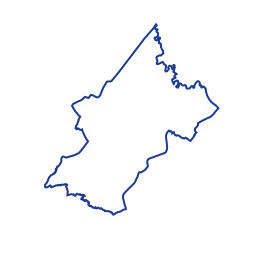 Lam Thamenchai, Nakhon Ratchasima, Thailand, rotated 39°
{"feature_id": "78962969B38997993614203", "entity_name": "Lam Thamenchai", "entity_type": "district", "adm_level": 2, "iso_a3": "THA", "parent_name": "Thailand", "parent_adm1": "Nakhon Ratchasima", "projection": "robinson", "projection_center": [102.907, 15.286], "detail": "fine", "context": "isolated", "style": "outline", "palette": "blue", "viewbox_px": 256, "rotation_deg": 39, "n_neighbors": 0, "source": "geoboundaries", "source_scale": "gbopen_adm2", "svg_char_len": 5802}
<svg xmlns="http://www.w3.org/2000/svg" viewBox="0 0 256 256"><g transform="rotate(39 128 128)"><path d="M101.2,226.1L102.7,224.6L103.6,221.6L104.7,221.7L105.6,222.4L105.9,222.3L107.3,219.5L108.0,218.6L108.2,217.8L109.4,217.0L109.6,216.2L110.1,216.1L110.3,215.6L111.5,215.1L111.5,214.7L112.1,214.4L112.2,213.7L112.4,213.3L112.9,213.2L114.0,212.4L114.2,211.7L114.8,210.8L115.5,210.9L115.8,210.5L116.5,210.5L116.6,212.4L117.0,212.7L118.0,213.1L121.5,215.5L121.6,215.9L122.2,217.1L123.2,218.3L123.3,218.0L124.2,217.1L124.5,216.5L124.9,216.2L125.1,215.6L125.8,214.9L127.0,214.3L127.4,214.3L127.9,214.1L127.9,213.9L129.1,214.1L129.8,213.6L129.5,213.1L129.4,212.3L129.9,211.1L132.1,210.6L132.2,210.4L132.3,209.7L133.3,209.8L133.8,209.4L134.7,209.4L134.7,208.9L134.9,208.9L135.0,208.4L136.4,207.8L136.8,208.0L136.2,208.3L136.0,208.6L136.6,208.6L136.2,209.1L136.6,209.2L136.6,210.0L136.9,210.6L136.6,210.7L136.4,211.7L136.1,212.0L136.5,212.6L136.7,212.4L137.5,212.4L137.8,212.0L138.5,212.1L138.8,211.8L139.3,211.8L140.2,212.1L140.4,211.8L140.1,211.4L140.3,211.2L140.2,210.8L140.6,210.4L141.4,210.8L141.9,210.4L143.0,210.3L143.3,210.7L144.5,210.3L144.9,210.6L145.0,212.0L145.3,212.5L145.6,212.6L145.9,212.4L146.6,212.8L147.1,212.8L147.3,212.3L148.4,212.3L148.6,212.2L148.6,211.8L148.8,211.7L150.9,212.0L151.5,211.4L151.8,211.3L152.4,210.4L152.6,210.7L152.8,210.4L153.2,210.4L153.4,210.6L153.8,210.2L154.3,210.1L154.3,209.7L154.8,208.7L155.9,208.7L156.4,208.3L157.2,208.2L157.5,207.3L159.3,207.2L159.9,207.4L161.5,206.7L162.3,207.1L163.0,206.4L163.4,206.4L163.9,206.0L164.9,205.0L165.7,204.8L166.0,204.5L166.4,204.5L167.2,204.2L167.6,204.4L168.1,203.9L168.9,203.9L170.4,204.7L171.1,204.5L171.5,204.1L172.3,201.3L172.8,200.2L174.3,198.3L175.0,197.0L175.6,194.8L177.4,192.5L176.7,191.6L173.9,189.9L168.1,185.4L167.0,184.1L166.6,183.3L166.3,182.2L166.2,181.0L166.4,177.8L167.6,166.9L167.4,165.1L166.7,162.9L166.1,159.8L164.9,157.0L164.6,155.5L164.7,155.1L165.6,154.7L166.0,154.1L167.5,150.4L167.6,149.6L167.6,146.1L167.5,145.4L167.3,145.0L164.3,142.3L163.8,141.5L163.4,140.6L163.5,138.9L172.6,123.7L172.5,122.6L172.0,120.8L171.3,119.5L170.4,118.1L167.1,114.8L163.4,111.4L162.0,109.3L161.4,107.6L161.3,105.6L161.5,104.2L162.9,104.2L162.9,103.7L163.0,103.6L165.1,103.5L165.7,104.2L165.8,103.5L166.2,102.5L167.9,103.5L168.9,103.8L170.4,103.6L170.6,102.7L172.7,101.8L175.0,101.9L177.2,101.5L177.5,101.3L177.7,100.7L178.6,100.5L178.9,99.3L182.4,98.9L183.6,99.1L184.7,98.6L184.6,97.4L184.6,94.1L184.4,91.9L183.9,91.8L183.9,91.7L184.0,88.5L182.5,88.4L182.2,88.1L181.4,87.9L181.2,87.2L180.4,86.2L180.7,84.1L180.7,81.9L179.4,80.2L181.0,75.9L183.9,69.6L184.8,68.2L185.3,66.3L185.7,62.9L185.6,59.9L185.8,55.7L184.1,55.4L181.7,55.2L178.7,55.4L176.4,55.4L174.2,54.9L171.5,54.0L168.8,52.8L165.5,50.4L163.5,48.5L163.0,48.7L161.7,48.1L161.1,48.1L160.7,48.4L159.8,50.1L159.4,50.3L159.2,50.1L158.9,49.1L158.5,48.9L158.2,48.8L157.2,49.6L156.8,49.6L156.4,49.3L155.9,48.3L155.5,47.9L154.8,47.4L153.8,47.3L153.1,47.5L152.5,48.1L152.3,50.0L152.7,52.5L153.2,53.7L153.9,54.6L153.9,55.3L153.4,55.6L152.0,54.9L151.3,55.2L150.8,56.2L151.0,57.2L151.0,58.3L150.6,58.9L149.1,60.2L148.8,60.3L148.3,60.1L146.8,58.9L145.6,58.7L145.3,58.7L144.3,60.1L143.7,60.5L143.0,60.6L141.4,60.3L140.6,60.5L140.3,61.0L140.2,61.7L141.2,63.8L141.4,65.1L141.1,65.5L139.8,65.7L139.4,65.6L139.3,65.2L139.6,63.7L139.0,61.9L138.6,61.0L137.2,60.1L136.5,60.1L136.1,60.4L135.2,62.6L135.2,63.6L136.0,64.6L136.0,65.1L135.7,65.1L134.6,64.2L133.3,63.9L132.7,63.5L131.9,62.6L131.8,62.2L132.5,61.2L132.3,60.4L132.4,60.1L133.2,59.5L133.3,59.1L133.2,58.9L131.7,58.7L131.1,57.8L131.8,55.4L131.5,55.3L130.4,55.7L128.9,55.5L128.2,55.9L127.8,55.7L127.3,53.7L126.4,52.3L126.3,51.6L125.7,51.3L125.1,50.3L124.6,50.0L123.8,50.2L123.7,50.4L123.7,50.8L125.6,51.7L126.0,53.3L125.9,53.8L125.5,54.2L124.8,54.2L123.7,53.2L122.4,52.8L121.4,53.1L120.9,53.9L120.9,54.8L121.2,55.5L121.6,55.9L122.4,56.1L122.6,56.5L122.7,59.0L121.8,60.3L121.2,60.2L120.5,59.5L119.0,56.4L118.4,55.7L117.6,55.5L115.8,55.8L115.2,55.6L114.5,55.0L113.8,54.8L113.2,55.1L112.0,57.8L111.1,59.4L110.6,59.9L110.0,60.0L109.4,59.4L108.9,57.8L108.4,57.1L106.2,55.8L105.7,55.3L105.6,54.8L105.8,53.8L106.7,51.9L107.9,51.0L107.9,50.1L108.2,49.5L108.2,48.7L108.5,48.0L108.4,47.6L107.4,47.1L107.0,46.3L106.5,45.9L105.4,45.7L102.7,44.3L100.6,42.0L99.8,41.9L99.0,42.6L98.6,42.6L98.1,41.6L96.7,40.5L96.7,38.8L96.4,37.9L96.2,37.7L95.7,37.7L94.4,38.9L94.5,39.2L95.1,39.5L95.3,39.8L95.4,41.3L95.2,42.0L94.7,42.2L93.7,42.3L92.4,41.7L92.0,41.3L92.0,40.9L92.8,39.9L93.4,38.1L92.0,35.7L91.2,35.2L89.8,35.3L89.4,35.0L89.0,34.4L89.1,33.2L88.9,32.8L88.4,32.9L87.1,33.8L86.4,33.7L85.8,33.4L85.4,33.1L85.4,32.7L85.8,31.3L85.8,30.2L85.4,29.9L84.5,29.9L85.0,34.7L84.5,48.3L85.7,90.0L85.6,101.0L85.6,102.0L85.2,102.6L82.4,105.3L83.5,112.7L85.6,119.5L85.8,120.2L85.8,121.0L85.4,122.8L85.0,123.5L84.4,123.9L79.9,124.8L78.4,125.5L78.4,129.5L75.0,130.9L74.4,134.7L73.8,136.5L72.3,139.2L70.2,143.9L70.5,145.9L72.4,146.8L76.2,148.1L82.0,149.3L83.7,149.2L84.4,153.1L84.8,153.2L86.1,157.0L86.3,157.6L86.2,158.5L86.5,159.6L87.4,161.0L87.8,160.6L88.3,160.7L88.6,161.2L89.1,161.2L89.3,160.7L89.3,159.9L89.9,159.8L90.1,159.6L91.8,159.6L92.0,159.3L92.6,159.2L93.2,158.7L93.3,158.1L95.2,159.4L98.8,161.2L103.1,163.0L105.3,163.5L105.5,165.5L105.8,175.4L105.6,178.3L103.9,182.0L102.8,183.9L99.2,188.9L98.9,189.6L98.7,189.9L95.7,190.8L95.2,191.8L95.1,192.4L95.6,194.0L96.9,195.5L97.5,196.8L97.9,199.1L98.0,200.9L97.8,201.8L97.6,201.8L97.3,202.6L97.8,202.9L97.7,205.2L98.4,206.0L98.8,205.6L98.9,205.8L98.7,206.8L99.0,207.1L99.0,207.4L99.3,207.5L99.0,207.9L99.0,208.5L99.2,208.8L99.5,209.0L99.4,209.6L99.0,209.6L98.9,210.9L97.9,213.3L97.8,216.4L99.1,220.2L99.3,221.3L99.3,224.1L99.5,224.5L100.3,225.7L101.2,226.1Z" fill="none" stroke="#1e3a8a" stroke-width="2"/></g></svg>